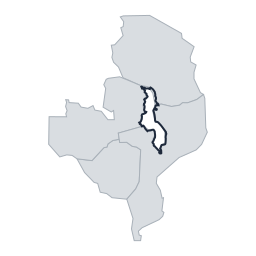 Malawi shown with its bordering countries
{"feature_id": "MWI", "entity_name": "Malawi", "entity_type": "country or territory", "adm_level": 0, "iso_a3": "MWI", "parent_name": "Africa", "parent_adm1": "", "projection": "mercator", "projection_center": [34.097, -13.263], "detail": "fine", "context": "with_neighbors", "style": "outline", "palette": "slate", "viewbox_px": 256, "rotation_deg": 0, "n_neighbors": 4, "source": "natural_earth", "source_scale": "50m", "svg_char_len": 5045}
<svg xmlns="http://www.w3.org/2000/svg" viewBox="0 0 256 256"><path d="M149.6,15.4L181.5,33.4L182.1,38.3L194.1,46.7L190.2,57.1L190.7,61.9L196.1,65.0L194.0,72.3L194.0,78.9L200.4,92.6L203.5,94.5L196.8,99.5L187.6,102.8L182.6,102.7L179.6,105.2L171.5,106.5L161.4,104.1L155.1,104.8L152.8,93.2L148.2,86.8L140.0,85.3L123.0,77.7L118.5,67.0L113.6,62.3L111.9,57.4L112.8,53.0L111.3,45.2L114.7,44.8L123.1,35.6L120.8,27.7L123.2,26.6L123.7,21.7L120.3,16.9L123.3,15.9L149.6,15.4Z" fill="#d9dde1" stroke="#a8b0b8" stroke-width="1"/><path d="M126.8,199.2L112.0,197.7L106.7,193.6L100.2,192.2L97.7,183.4L94.1,182.4L84.6,172.6L77.0,158.8L92.0,160.6L103.9,147.7L107.0,147.0L108.0,143.9L112.8,140.5L119.1,139.3L119.7,142.5L126.7,142.3L132.4,146.4L136.4,147.0L140.7,149.8L139.2,181.6L135.7,188.9L126.8,199.2Z" fill="#d9dde1" stroke="#a8b0b8" stroke-width="1"/><path d="M119.7,76.8L140.0,85.3L144.0,89.1L146.1,96.3L143.0,105.6L144.6,112.7L141.9,115.7L139.4,123.7L143.8,125.9L118.3,133.1L119.1,139.3L112.8,140.5L108.0,143.9L107.0,147.0L103.9,147.7L92.0,160.6L77.0,158.8L72.1,155.4L66.7,154.9L59.8,156.9L48.7,144.3L49.1,116.7L66.6,116.8L65.8,113.8L67.1,110.6L65.6,106.5L66.6,102.4L65.7,99.7L68.6,99.9L69.1,102.6L78.3,103.2L81.1,107.1L87.9,108.3L93.0,105.6L94.9,110.1L101.3,111.3L107.9,119.7L114.3,119.7L113.6,110.5L111.3,112.0L103.1,107.2L105.7,88.4L103.8,84.7L106.2,79.3L108.4,78.3L119.7,76.8Z" fill="#d9dde1" stroke="#a8b0b8" stroke-width="1"/><path d="M155.1,104.8L161.4,104.1L171.5,106.5L179.6,105.2L182.6,102.7L187.6,102.8L196.8,99.5L203.5,94.5L204.8,98.3L205.8,127.9L207.3,132.2L201.6,144.4L196.2,149.9L179.1,157.5L157.0,177.0L156.3,183.3L160.3,190.2L162.1,198.2L163.5,197.7L161.9,210.9L163.9,212.4L162.7,216.3L159.2,219.6L142.1,227.7L138.4,231.1L139.2,235.1L141.3,235.7L140.6,240.6L134.2,240.6L131.5,228.9L133.0,218.5L126.8,199.2L135.7,188.9L139.2,181.6L140.7,149.8L136.4,147.0L132.4,146.4L126.7,142.3L119.7,142.5L118.3,133.1L143.8,125.9L148.6,130.1L151.0,129.3L154.3,131.5L154.8,135.0L153.0,139.0L153.6,145.2L159.1,150.6L161.7,144.5L165.3,142.7L164.6,131.5L161.1,125.2L158.0,122.4L155.1,122.5L152.8,111.3L155.1,104.8Z" fill="#d9dde1" stroke="#a8b0b8" stroke-width="1"/><path d="M143.7,126.3L143.3,125.7L142.9,125.8L142.4,126.3L142.1,126.4L141.9,126.4L141.9,126.2L141.7,126.0L141.3,125.2L140.9,124.6L140.4,124.4L140.0,124.1L140.2,123.8L140.4,123.7L140.1,123.2L139.3,122.8L139.2,122.6L140.0,122.3L140.5,121.9L140.8,121.5L141.2,120.6L141.5,119.7L141.8,118.9L141.8,118.3L141.9,117.4L142.0,116.7L141.8,116.4L141.6,115.8L141.8,115.0L142.2,114.3L144.1,113.7L145.4,113.1L145.6,112.9L146.1,112.4L146.3,111.9L146.1,111.8L145.1,111.8L144.9,111.6L144.1,109.9L144.5,108.0L144.6,107.2L144.6,106.3L144.4,105.6L144.1,105.3L143.9,104.9L144.0,103.9L144.3,103.8L144.9,102.5L145.2,101.7L144.9,101.1L144.5,100.2L144.3,99.6L144.2,99.4L144.5,99.1L144.9,98.7L145.4,98.7L145.9,98.5L147.5,96.8L147.6,96.5L147.3,96.0L146.7,95.1L146.5,94.8L146.5,93.8L146.2,93.5L145.3,92.8L144.6,92.1L144.8,91.4L145.0,90.6L144.6,90.2L144.1,89.8L143.8,89.1L143.7,88.6L143.3,88.4L142.9,88.4L142.6,88.7L142.3,88.7L142.0,88.6L141.9,88.2L141.8,87.7L141.6,87.4L141.4,87.0L141.3,86.8L141.5,86.7L141.8,86.7L143.1,87.5L143.9,87.6L144.8,87.7L145.5,88.5L145.9,88.6L146.4,88.5L147.9,88.4L148.4,88.5L149.2,88.9L149.5,89.0L149.9,89.0L150.0,88.9L150.1,88.6L150.0,88.1L150.1,87.8L150.4,87.5L151.2,87.9L153.1,89.5L154.4,91.4L154.8,92.1L154.8,92.4L155.2,93.9L155.3,94.5L155.2,95.0L155.2,95.5L155.4,96.0L155.3,96.3L155.8,97.1L156.0,97.9L156.0,98.6L155.9,99.3L155.5,100.3L155.4,100.7L155.5,101.0L155.8,101.4L156.2,101.9L156.5,102.4L156.7,103.0L156.9,103.3L157.1,103.3L157.6,103.4L157.9,103.7L158.3,104.3L158.4,105.0L158.5,105.3L157.4,105.3L156.0,105.4L155.6,105.7L155.5,106.3L155.1,107.5L154.8,108.0L154.3,108.8L153.6,110.0L153.4,110.3L153.4,110.7L153.9,112.3L154.3,114.0L154.5,114.7L154.8,116.9L155.0,118.5L155.0,119.4L155.1,120.6L155.6,121.3L156.0,121.7L157.6,122.0L158.0,122.3L158.9,123.1L160.9,125.3L162.0,126.7L162.9,127.9L164.6,130.2L165.9,132.0L166.1,133.7L166.3,133.9L165.9,135.1L165.6,137.2L165.8,138.5L165.7,140.8L165.5,143.2L165.2,144.1L164.8,144.4L163.8,144.7L161.8,145.0L161.5,145.2L161.3,145.7L160.9,146.8L160.4,148.0L160.2,148.5L160.3,148.6L160.7,149.2L161.2,150.6L161.3,153.2L161.1,153.4L160.5,153.5L159.9,153.4L159.6,153.3L159.4,153.0L159.2,152.5L159.6,152.1L159.8,151.4L159.5,150.9L158.9,150.7L158.3,150.2L156.8,148.5L155.6,147.3L154.8,146.3L154.1,146.0L153.9,145.7L153.7,145.3L153.7,144.7L153.8,144.3L153.6,143.8L152.8,143.0L152.5,142.6L152.5,142.1L152.8,141.6L153.4,141.0L153.9,139.8L154.1,139.0L155.0,137.4L155.1,136.1L155.1,135.0L155.0,134.2L154.8,132.5L154.7,131.4L153.6,129.8L153.2,129.7L152.2,129.8L151.3,130.1L150.8,130.4L150.2,130.4L148.4,130.6L147.9,130.8L147.5,131.0L147.4,131.1L146.3,129.9L145.3,128.7L144.1,126.5L143.7,126.3ZM156.5,109.9L156.2,109.9L156.0,109.3L156.1,109.0L156.4,108.9L156.6,109.0L156.8,109.2L156.8,109.4L156.7,109.7L156.5,109.9ZM155.8,109.0L155.6,109.5L155.3,109.5L155.0,109.1L155.1,108.8L155.4,108.7L155.7,108.8L155.8,109.0Z" fill="none" stroke="#1e293b" stroke-width="2"/></svg>